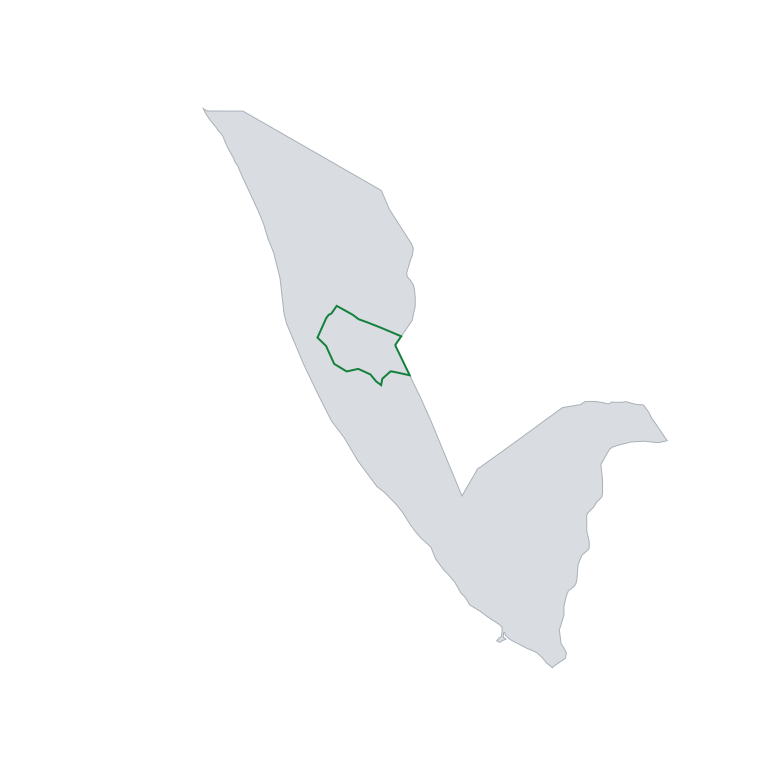 location of Hiiraan within Somalia, rotated 120°
{"feature_id": "SOM-2409", "entity_name": "Hiiraan", "entity_type": "Region", "adm_level": 1, "iso_a3": "SOM", "parent_name": "Somalia", "parent_adm1": "", "projection": "equal_earth", "projection_center": [45.352, 4.37], "detail": "fine", "context": "in_parent", "style": "outline", "palette": "green", "viewbox_px": 768, "rotation_deg": 120, "n_neighbors": 0, "source": "natural_earth", "source_scale": "10m", "svg_char_len": 2995}
<svg xmlns="http://www.w3.org/2000/svg" viewBox="0 0 768 768"><g transform="rotate(120 384 384)"><path d="M236.1,674.7L235.6,672.9L232.5,667.6L226.9,657.7L222.6,650.3L218.2,642.6L218.2,636.5L218.1,618.3L218.0,582.0L217.9,545.6L217.8,509.2L217.8,491.0L217.8,483.6L218.2,482.4L223.3,475.7L229.9,466.9L238.6,450.1L243.3,441.0L247.3,433.4L248.3,431.1L251.8,426.5L258.3,423.8L262.4,423.3L276.4,419.9L278.4,418.5L279.7,416.9L280.8,413.3L283.5,408.2L287.1,404.7L293.7,400.1L300.3,396.3L301.7,395.6L309.6,393.2L311.5,392.4L314.7,391.5L315.9,391.5L326.9,392.3L335.4,393.0L344.2,393.7L345.1,393.2L351.3,384.1L361.0,369.8L367.3,360.6L376.9,346.4L384.3,336.2L392.5,324.9L400.4,314.6L410.0,302.2L416.0,294.4L425.3,282.2L434.2,270.7L442.0,260.5L431.2,260.5L420.6,260.5L410.1,260.5L408.3,259.2L399.5,255.3L388.4,250.2L374.6,244.0L364.8,239.6L354.3,235.0L343.7,230.3L335.3,226.6L325.0,222.0L315.9,218.0L314.7,217.0L309.7,211.0L303.2,203.0L301.9,202.8L298.8,201.1L296.0,196.8L293.1,191.3L290.4,184.4L289.2,179.7L285.7,177.7L283.9,174.0L280.7,168.5L278.5,165.9L277.7,163.5L276.6,158.7L274.8,153.5L273.0,150.3L272.6,148.9L272.7,148.0L276.0,140.9L277.5,138.4L279.2,135.9L280.6,133.5L281.1,131.8L285.2,123.5L288.7,116.2L291.5,110.4L297.6,117.0L303.6,130.3L310.6,141.0L320.3,151.0L324.2,154.4L327.6,156.1L345.3,155.9L357.8,146.8L369.2,140.2L373.0,138.8L379.6,140.6L386.9,141.1L393.5,143.1L396.8,142.6L409.8,135.0L417.9,127.5L423.5,124.3L425.6,124.3L433.2,127.0L443.0,125.8L456.3,119.4L460.5,118.1L463.7,118.0L471.0,120.9L472.1,120.7L476.1,120.2L486.4,117.1L494.4,112.5L509.3,109.2L520.5,100.7L522.4,96.6L525.8,91.5L530.8,89.8L543.5,95.8L545.5,96.3L544.8,100.0L544.4,103.7L541.8,110.2L540.2,117.4L541.5,128.5L542.2,146.5L541.9,149.1L541.1,151.6L540.8,153.7L539.4,154.4L538.8,155.5L539.8,156.0L543.8,154.0L543.7,151.9L543.9,150.8L547.2,153.2L549.5,154.2L550.2,156.5L550.0,158.0L546.3,157.3L544.4,156.1L539.0,158.1L535.6,160.2L534.6,163.7L533.9,177.8L532.7,187.0L532.5,199.1L528.1,207.1L526.6,212.7L520.0,224.1L516.6,233.7L515.5,238.5L509.7,251.8L501.8,261.9L498.9,275.0L496.1,283.1L492.9,290.5L485.9,303.7L482.3,312.9L477.8,328.8L476.4,338.8L463.7,368.1L450.5,391.4L442.2,411.1L427.4,433.8L407.2,463.3L380.7,498.2L373.5,505.4L344.4,526.9L325.6,545.0L316.0,557.3L305.9,568.0L297.9,578.2L273.7,612.6L271.2,615.9L268.8,618.9L265.8,624.8L263.7,627.1L257.9,636.9L254.3,642.0L250.2,647.1L248.5,650.6L247.3,654.7L246.0,657.0L242.3,666.8L239.1,673.2L235.9,678.2L236.1,674.7Z" fill="#d9dde1" stroke="#a8b0b8" stroke-width="1"/><path d="M344.2,393.7L345.2,393.2L347.7,389.5L349.5,386.8L352.9,381.8L356.4,376.7L359.8,371.7L363.2,366.6L363.6,366.1L368.4,381.2L369.7,384.6L380.3,388.1L386.4,385.9L385.7,392.0L382.5,400.6L383.8,413.9L391.8,422.6L391.5,437.2L381.6,451.0L380.0,453.2L377.1,464.8L355.7,467.0L351.8,466.5L349.2,464.8L340.0,464.0L339.7,445.4L340.6,438.5L339.0,429.5L336.8,414.8L334.1,392.9L335.9,393.1L337.5,393.2L339.2,393.3L340.8,393.5L342.5,393.6L344.2,393.7Z" fill="none" stroke="#15803d" stroke-width="2"/></g></svg>